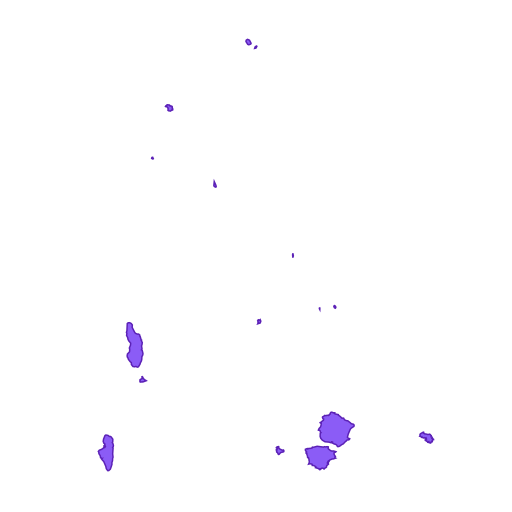 Torres Strait Island, Queensland, Australia (Robinson projection), rotated 267°
{"feature_id": "25037944B93306496735140", "entity_name": "Torres Strait Island", "entity_type": "district", "adm_level": 2, "iso_a3": "AUS", "parent_name": "Australia", "parent_adm1": "Queensland", "projection": "robinson", "projection_center": [142.755, -9.902], "detail": "fine", "context": "isolated", "style": "filled", "palette": "violet", "viewbox_px": 512, "rotation_deg": 267, "n_neighbors": 0, "source": "geoboundaries", "source_scale": "gbopen_adm2", "svg_char_len": 5833}
<svg xmlns="http://www.w3.org/2000/svg" viewBox="0 0 512 512"><g transform="rotate(267 256 256)"><path d="M89.5,335.0L89.6,334.0L89.4,333.6L89.8,333.0L91.1,332.0L92.8,329.9L93.3,329.9L94.1,326.9L94.6,326.1L95.3,326.4L95.5,324.6L96.1,323.6L95.9,322.5L95.4,322.1L94.5,322.0L94.5,321.6L93.4,320.8L93.0,320.1L93.3,319.9L93.1,319.3L93.2,318.6L92.9,317.4L93.2,316.2L92.4,315.3L91.9,314.1L91.6,313.9L90.1,314.3L89.7,315.0L88.9,314.9L88.4,314.6L87.1,312.7L86.7,312.5L86.3,311.3L86.0,311.4L85.4,312.4L83.8,312.2L81.8,311.4L80.5,310.0L79.2,309.3L78.8,309.2L78.6,310.2L78.0,310.9L76.8,311.1L76.2,311.6L76.1,311.3L75.6,310.9L72.5,310.6L70.6,311.1L68.7,312.5L66.9,315.1L66.3,319.2L65.7,320.7L65.6,321.2L66.5,321.7L66.3,322.6L66.7,323.0L66.1,322.7L66.0,321.8L65.6,321.9L64.2,324.2L63.7,325.8L62.8,326.8L61.6,327.3L61.3,327.8L61.5,329.1L62.4,330.8L62.9,331.2L63.8,333.3L66.3,335.9L66.5,336.5L67.4,337.2L67.6,338.0L67.5,338.8L67.9,339.7L68.7,340.0L69.0,338.8L70.2,337.8L73.4,338.8L78.1,341.1L79.1,342.1L80.6,344.7L81.2,345.1L82.3,345.0L82.9,344.5L83.6,342.2L84.2,341.8L86.6,339.1L86.9,337.5L87.8,335.8L89.5,335.0ZM173.5,126.0L170.7,124.7L169.8,125.0L167.5,124.8L166.7,124.5L164.9,122.5L163.1,122.1L161.8,122.2L161.1,122.7L159.4,123.2L156.9,124.9L156.1,125.9L154.1,125.9L152.1,127.3L151.7,128.9L152.0,130.3L151.2,131.7L151.5,132.8L154.0,134.5L155.2,134.9L157.3,136.1L158.8,136.5L161.7,136.8L162.2,137.3L163.3,137.8L164.6,138.0L167.4,137.5L168.0,137.3L168.3,136.7L169.4,137.3L172.3,137.0L173.4,137.5L175.5,137.9L177.6,137.0L178.0,137.3L178.3,136.9L181.5,136.2L182.0,135.8L183.1,135.8L184.2,134.7L184.2,133.6L184.9,131.9L185.8,131.0L191.2,128.6L193.6,128.9L195.1,127.9L196.0,126.4L196.0,124.8L195.3,123.9L188.2,123.2L186.4,122.6L185.5,123.0L183.4,122.6L181.2,123.6L179.5,123.8L177.9,124.5L175.5,126.3L173.5,126.0ZM46.7,317.6L47.3,317.7L47.5,318.0L46.6,318.0L48.2,318.7L48.5,319.3L49.3,321.4L49.3,322.7L50.0,324.9L50.4,324.2L51.2,324.3L51.6,324.8L53.5,323.7L55.0,323.6L55.6,323.8L56.0,325.2L56.4,325.6L57.2,323.4L57.3,322.5L57.1,321.8L57.8,320.2L59.8,318.0L61.6,318.2L61.9,317.0L61.7,315.7L62.0,314.2L61.6,313.6L62.8,307.1L62.0,303.5L62.2,302.4L62.0,302.1L61.4,302.0L61.1,300.9L61.0,298.2L60.6,297.8L60.6,297.3L61.0,297.2L60.9,296.6L60.4,295.2L59.2,295.2L58.0,296.1L57.8,295.8L56.5,295.7L56.3,296.4L56.0,296.2L53.7,296.9L52.1,297.0L51.8,297.8L51.5,297.7L50.3,298.3L49.3,298.2L48.6,298.5L46.8,298.3L45.4,297.6L45.7,299.1L45.2,301.0L44.9,301.2L43.9,301.2L43.7,302.8L42.6,304.5L42.0,304.9L41.5,304.4L40.5,307.1L39.9,307.8L39.9,308.3L39.4,308.3L39.2,308.6L39.6,309.2L40.1,309.1L40.1,309.9L40.5,310.2L40.7,311.0L40.5,312.0L39.7,312.8L40.6,313.8L41.0,314.7L41.6,315.4L42.6,315.5L43.3,315.9L43.4,316.3L44.4,317.5L45.0,317.3L45.3,316.5L46.0,316.5L47.2,317.3L46.7,317.6ZM49.4,97.7L50.8,99.4L53.7,100.6L55.7,101.3L57.0,101.2L59.0,102.0L61.2,102.2L62.6,102.7L65.9,102.5L71.6,103.2L72.4,102.8L72.9,103.4L74.2,103.7L76.5,103.2L77.1,102.7L78.0,103.2L80.1,103.4L80.6,103.4L82.9,101.9L83.5,100.9L83.4,100.2L84.6,98.8L85.1,96.7L84.6,95.8L81.2,94.2L78.9,93.7L76.9,94.3L76.1,95.3L75.2,95.0L73.6,95.7L72.9,95.1L73.5,94.9L73.9,94.2L73.1,94.3L71.9,93.2L70.9,91.4L70.3,89.4L69.1,88.3L68.0,88.8L66.8,88.8L64.7,90.0L62.8,90.2L62.5,90.8L61.9,90.9L61.9,91.6L61.5,91.1L60.4,91.8L58.7,93.2L53.8,95.0L51.4,95.4L49.4,96.7L49.4,97.7ZM68.0,410.5L67.5,410.2L67.5,410.7L67.1,410.9L67.0,411.3L66.2,411.9L66.4,412.6L66.0,412.8L65.5,413.8L65.8,414.5L65.3,415.2L65.5,415.9L65.1,415.8L65.3,416.0L65.1,416.1L65.0,416.5L64.6,416.5L64.7,416.8L64.6,416.4L64.2,416.7L62.8,415.7L62.4,416.5L62.0,416.8L61.8,417.8L61.4,417.6L61.0,417.7L60.8,418.4L61.2,418.9L60.7,418.9L60.1,420.2L60.5,420.4L60.4,420.9L61.1,421.2L61.2,422.2L61.5,422.4L62.1,422.1L62.6,422.7L63.0,422.7L63.4,423.2L63.4,423.7L63.9,423.6L64.2,422.5L64.6,422.1L65.2,422.6L66.1,422.2L66.3,421.4L67.5,421.6L67.9,421.0L68.6,420.7L69.0,419.9L68.8,419.6L68.8,417.9L69.1,417.3L69.6,415.0L70.3,414.1L71.0,414.3L71.3,414.2L71.3,413.7L69.8,410.8L68.7,410.3L68.0,410.5ZM58.4,270.3L59.0,273.3L59.4,273.6L60.1,273.6L60.2,273.2L60.8,273.2L60.7,272.5L61.0,271.5L62.2,269.4L63.3,268.5L63.8,268.5L64.1,268.8L64.5,268.6L64.3,267.0L63.8,266.9L63.7,266.7L63.4,267.3L62.8,267.2L62.5,266.8L62.1,267.1L61.7,266.7L61.8,266.2L61.1,266.1L60.5,266.5L60.4,266.3L59.1,266.4L58.7,267.1L56.8,267.9L56.6,268.2L56.7,268.7L58.4,270.3ZM409.7,174.6L408.9,175.7L407.9,175.8L407.7,176.0L406.1,175.7L405.6,176.3L405.2,178.2L406.1,179.5L406.1,180.1L406.5,180.1L406.5,180.5L407.2,180.6L408.3,180.0L408.5,180.2L409.7,180.1L410.2,179.3L410.1,178.9L410.4,178.5L410.3,178.3L410.6,177.9L410.6,177.6L411.3,177.5L411.7,175.3L411.6,175.0L411.0,174.8L410.9,174.3L410.3,174.5L410.4,173.7L410.1,173.4L409.9,173.6L409.7,174.6ZM472.8,258.8L472.0,257.5L470.7,257.2L467.8,258.8L467.3,259.9L467.9,261.8L468.5,262.2L469.0,262.1L471.8,260.8L472.3,260.0L472.8,258.8ZM136.1,136.3L137.2,139.9L137.9,139.0L137.9,138.5L139.9,136.9L140.9,136.6L141.5,136.1L141.4,135.8L140.5,135.9L139.7,135.7L139.5,135.9L138.9,134.2L138.2,133.5L137.5,133.8L136.5,133.5L136.1,134.2L136.3,135.9L136.1,136.3ZM191.9,255.9L192.2,255.0L191.6,254.4L191.2,254.8L190.8,254.5L189.9,254.4L189.2,255.0L189.0,254.6L188.2,254.2L188.9,256.7L190.7,257.4L191.8,257.0L191.7,256.7L192.2,256.7L191.6,255.7L191.9,255.9ZM327.7,217.9L326.9,219.1L327.0,219.7L327.5,219.9L328.9,219.6L332.5,218.2L328.6,217.6L327.7,217.9ZM199.7,332.5L200.3,333.0L201.3,332.9L202.0,332.4L202.4,331.7L201.8,331.1L200.6,331.4L200.1,331.7L199.7,332.5ZM463.4,265.5L463.6,266.7L464.1,267.3L464.7,267.2L465.4,267.8L465.7,267.4L464.9,266.1L463.4,265.5ZM253.0,292.9L254.2,293.3L256.8,293.0L255.3,292.6L253.0,292.7L253.0,292.9ZM358.6,158.1L358.7,158.5L359.0,158.4L360.0,158.0L360.0,157.5L359.6,157.1L358.9,156.9L358.3,158.0L358.6,158.1ZM200.7,316.6L200.1,316.5L199.2,316.9L200.2,317.0L200.8,316.9L200.7,316.6Z" fill="#8b5cf6" stroke="#5b21b6" stroke-width="1.5"/></g></svg>